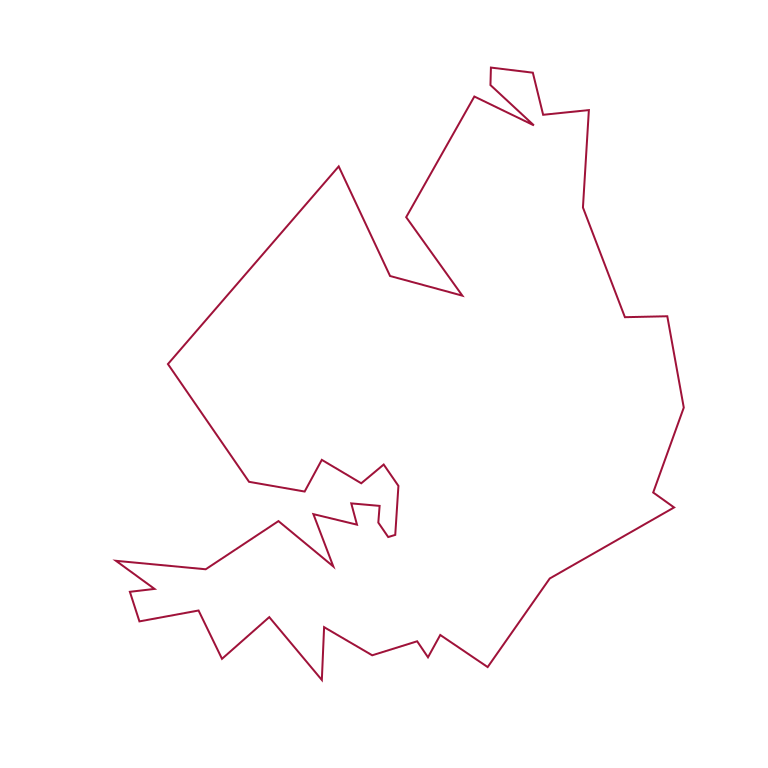 the state/province of Gujarat, rotated 81°
{"feature_id": "IND-3264", "entity_name": "Gujarat", "entity_type": "state/province", "adm_level": 1, "iso_a3": "IND", "parent_name": "India", "parent_adm1": "", "projection": "equal_earth", "projection_center": [71.839, 22.391], "detail": "coarse", "context": "isolated", "style": "outline", "palette": "rose", "viewbox_px": 768, "rotation_deg": 81, "n_neighbors": 0, "source": "natural_earth", "source_scale": "10m", "svg_char_len": 761}
<svg xmlns="http://www.w3.org/2000/svg" viewBox="0 0 768 768"><g transform="rotate(81 384 384)"><path d="M355.7,135.6L361.4,93.6L454.2,91.6L533.3,135.1L551.3,116.8L602.0,250.7L679.8,325.9L640.7,367.7L660.8,383.3L643.3,391.5L650.1,438.1L614.8,481.2L666.6,491.7L596.3,533.8L630.1,587.0L578.7,602.6L580.2,662.7L549.5,667.5L550.5,642.7L516.7,676.4L539.1,589.1L502.9,509.7L556.3,462.6L501.5,474.1L518.7,432.7L496.8,435.0L503.7,407.4L520.0,411.3L535.8,403.8L534.8,396.5L486.9,385.7L463.5,396.9L478.5,422.0L449.2,457.3L477.8,479.2L459.5,532.6L330.5,594.3L162.0,394.7L278.3,361.1L309.0,292.8L222.7,336.0L114.2,249.8L152.0,195.5L105.4,232.1L88.2,228.9L99.8,188.3L143.0,184.7L145.5,138.8L240.8,159.9L355.7,135.6Z" fill="none" stroke="#9f1239" stroke-width="2"/></g></svg>